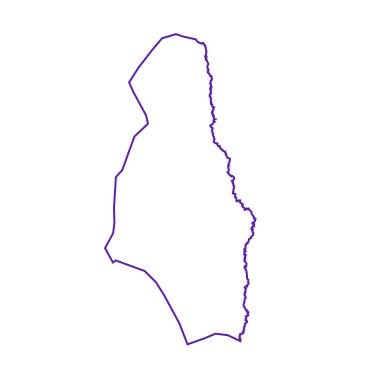 Bayanxutag, Hentiy, Mongolia (Mercator projection), rotated 110°
{"feature_id": "93677404B3637848484019", "entity_name": "Bayanxutag", "entity_type": "district", "adm_level": 2, "iso_a3": "MNG", "parent_name": "Mongolia", "parent_adm1": "Hentiy", "projection": "mercator", "projection_center": [110.82, 47.205], "detail": "fine", "context": "isolated", "style": "outline", "palette": "violet", "viewbox_px": 384, "rotation_deg": 110, "n_neighbors": 0, "source": "geoboundaries", "source_scale": "gbopen_adm2", "svg_char_len": 5974}
<svg xmlns="http://www.w3.org/2000/svg" viewBox="0 0 384 384"><g transform="rotate(110 192 192)"><path d="M209.5,120.3L209.2,121.1L208.5,121.2L207.8,122.3L206.4,122.1L206.7,123.2L206.1,123.7L205.6,123.7L205.1,123.3L204.0,123.5L203.7,123.4L203.5,123.0L203.3,122.1L203.1,121.9L202.3,122.4L201.2,122.4L200.7,122.6L200.5,123.0L201.2,124.0L201.1,124.4L200.4,124.7L199.9,124.5L199.5,123.7L199.2,123.4L198.2,123.3L197.7,122.9L196.7,123.2L196.0,123.0L195.4,123.2L195.4,123.5L195.9,123.9L196.0,124.3L195.8,124.5L194.5,125.0L194.3,125.7L193.4,126.5L192.2,128.4L191.4,128.9L190.4,129.2L190.2,129.9L189.4,131.1L189.1,132.3L188.2,133.2L188.2,133.5L189.2,134.2L188.9,135.0L190.4,135.7L190.7,136.1L190.7,136.4L189.1,137.2L188.8,138.7L188.4,139.1L188.4,139.6L188.2,140.0L186.3,139.8L186.3,141.1L185.7,141.6L185.7,142.2L185.4,142.7L185.3,143.2L184.8,143.5L184.4,144.0L184.1,144.0L183.7,143.7L183.4,143.9L183.6,144.6L184.6,146.0L185.0,146.0L185.0,146.4L185.3,146.7L185.2,147.3L184.4,147.5L182.1,148.6L182.0,149.1L182.1,149.8L181.8,150.1L180.5,150.2L179.2,150.5L178.9,151.0L178.9,151.4L179.5,152.7L179.3,153.2L177.2,153.6L176.6,153.3L176.2,153.6L175.3,153.7L174.7,154.1L174.1,154.2L173.5,153.9L172.3,154.3L171.9,154.6L171.5,155.5L170.4,155.7L169.8,156.8L168.9,156.8L168.4,157.0L168.3,158.1L168.1,158.4L167.5,158.2L167.1,157.6L165.4,156.8L164.1,157.5L163.7,157.9L163.4,159.1L163.2,159.5L163.8,160.2L163.2,160.7L163.5,161.3L163.5,161.7L162.9,162.6L162.9,163.1L162.3,163.5L162.0,164.4L161.5,164.8L161.2,165.4L160.2,164.8L159.4,164.8L157.8,165.4L155.8,166.8L155.3,166.8L154.5,166.2L154.2,166.4L154.0,167.1L153.5,167.3L153.1,167.4L152.3,167.1L150.9,167.2L149.7,167.1L147.9,167.6L147.7,168.3L147.8,169.6L147.5,170.6L145.8,172.2L145.4,173.0L144.6,172.8L144.2,173.2L144.0,173.9L143.8,174.2L142.7,174.7L142.9,175.8L142.7,176.7L142.0,177.7L142.2,178.3L142.2,178.7L141.4,179.2L141.2,180.4L140.8,180.9L140.4,181.2L139.4,181.5L140.0,183.2L139.4,183.8L138.2,184.3L137.7,184.7L138.2,185.7L138.0,186.1L138.0,187.3L137.4,188.8L135.9,188.8L135.4,189.1L134.7,188.9L133.9,189.6L133.6,190.1L132.9,190.1L132.5,190.3L131.9,191.5L130.8,191.7L129.9,192.2L129.8,192.7L129.3,193.2L129.0,193.4L128.1,193.4L127.1,194.5L125.2,194.3L124.8,194.7L124.6,195.0L124.6,196.0L123.5,197.5L123.0,197.5L122.5,197.3L122.2,197.0L121.9,196.2L121.4,196.0L121.1,196.0L119.6,195.5L118.6,195.4L118.1,194.7L117.9,195.1L118.1,196.0L117.9,196.2L117.2,196.0L116.3,196.3L115.6,195.4L115.6,195.5L115.7,196.4L115.5,196.6L114.6,197.0L114.2,197.4L113.7,197.3L113.1,197.4L113.0,197.7L113.1,198.4L112.6,198.4L112.0,198.9L111.6,199.1L111.7,199.6L111.1,199.7L110.7,200.3L110.1,200.4L109.6,200.0L109.4,200.5L109.1,200.6L108.0,200.5L106.9,199.9L106.3,200.6L105.6,200.6L105.2,201.2L104.8,200.7L104.6,201.6L104.1,202.6L103.6,202.9L103.0,202.9L103.0,203.4L102.6,203.9L102.8,204.3L102.7,204.4L102.0,204.5L101.5,205.0L100.7,204.6L100.1,205.5L99.3,205.6L98.6,206.1L97.1,206.3L97.0,206.9L96.2,207.5L96.1,208.1L95.9,208.2L95.4,208.0L95.1,208.5L94.7,208.6L94.3,208.4L93.9,208.0L93.2,207.9L92.9,208.3L92.4,208.1L92.3,208.6L89.4,209.0L89.2,209.2L89.2,210.1L89.0,210.3L88.7,210.2L88.2,209.6L87.0,209.4L86.8,209.6L87.1,210.1L87.0,210.5L86.5,210.6L85.7,210.3L84.6,210.9L84.1,211.9L83.6,212.2L82.8,211.8L81.1,212.5L80.9,212.4L80.4,211.9L79.7,212.2L79.0,211.9L78.8,212.2L78.2,212.4L77.5,213.0L76.8,213.0L76.4,213.3L76.3,214.0L76.6,215.0L76.2,215.3L75.0,215.8L74.9,215.9L74.8,217.3L74.3,218.0L73.5,218.1L73.2,218.5L72.8,218.7L72.4,218.1L72.1,218.1L70.8,218.8L70.4,219.8L70.2,220.0L68.3,220.6L67.0,220.4L65.9,220.5L63.9,222.6L63.1,223.1L63.1,223.9L62.7,224.6L62.2,224.7L61.4,224.2L61.0,224.3L60.4,226.0L59.9,226.0L59.3,225.2L59.0,225.9L58.9,226.0L57.6,226.0L57.1,226.2L56.2,226.2L55.5,226.4L55.0,226.4L53.3,227.7L51.7,228.4L51.1,229.3L49.8,229.5L49.6,230.0L49.4,231.2L48.3,232.0L48.1,232.5L48.2,233.0L49.2,233.5L49.0,234.2L49.3,234.9L49.1,235.6L49.4,236.5L49.0,237.1L48.9,238.4L47.7,239.8L47.3,241.1L49.0,254.0L49.1,261.0L57.8,272.7L71.9,277.9L93.8,284.9L110.5,288.6L118.1,281.3L135.7,261.4L142.9,256.7L159.6,265.1L195.2,265.0L204.0,268.6L233.9,259.8L247.1,254.5L257.6,252.0L274.5,254.5L285.3,242.2L282.4,240.3L282.4,209.6L289.2,194.9L298.6,182.8L319.5,159.2L336.7,144.1L325.3,130.3L317.1,121.4L314.3,109.2L315.6,95.5L315.2,95.4L314.7,95.6L314.2,97.2L313.9,97.1L313.4,96.5L313.1,96.4L312.6,97.3L311.8,97.9L311.1,98.0L310.9,97.7L310.5,97.7L309.5,98.3L309.1,98.1L308.9,97.6L308.5,97.5L308.2,96.7L307.3,95.6L307.1,95.6L306.7,96.2L306.3,96.3L306.2,96.2L306.1,95.6L305.8,95.5L304.5,96.4L303.6,95.8L303.3,95.8L302.2,96.8L301.4,96.5L300.5,96.9L299.6,96.5L298.7,97.0L297.4,97.2L296.8,96.8L296.2,96.0L294.8,95.9L294.4,96.4L294.5,96.9L294.5,97.6L294.0,98.1L293.4,98.2L292.8,97.7L292.4,97.6L290.5,98.9L289.9,98.5L289.4,97.3L288.8,97.1L288.2,97.1L287.8,97.9L286.7,98.3L285.9,97.8L285.5,98.1L285.3,98.5L285.3,98.8L285.7,99.3L285.6,99.8L284.3,100.1L284.3,101.2L283.4,101.9L282.5,103.1L280.8,104.9L279.6,104.9L278.4,105.4L276.8,105.2L275.5,105.8L273.0,105.3L272.5,105.7L272.3,106.3L270.9,106.8L270.6,107.7L270.3,107.9L269.1,107.6L268.1,108.0L267.6,107.4L266.7,108.1L266.2,108.1L265.5,108.3L264.3,108.2L264.0,109.6L263.9,109.9L263.6,109.9L261.8,108.8L262.0,108.2L261.9,107.9L260.6,108.1L259.6,108.0L258.6,107.4L257.0,108.6L255.2,109.0L254.9,109.5L254.8,110.2L254.1,110.9L251.1,112.0L247.5,113.9L246.8,114.5L246.1,115.7L245.2,116.0L244.8,116.8L244.3,117.2L244.0,117.2L243.7,116.8L243.4,115.6L242.7,115.9L240.8,116.2L239.4,117.8L239.2,118.9L238.8,119.4L238.4,119.5L237.7,119.0L237.3,119.0L236.4,120.0L236.0,120.0L235.3,119.5L234.3,120.3L233.0,119.9L233.1,121.3L232.8,121.7L232.5,121.8L232.0,121.3L231.6,121.3L231.2,121.5L230.5,122.3L230.0,122.5L229.6,122.4L229.2,121.4L228.9,121.4L228.6,121.9L228.5,122.9L228.2,123.3L227.5,123.3L226.6,122.5L223.1,123.7L222.5,122.8L221.0,123.0L220.6,122.1L220.4,122.0L218.8,122.0L216.8,122.3L216.4,122.1L216.1,121.6L215.3,121.1L215.0,120.7L214.3,121.1L213.9,121.2L212.1,120.0L210.1,120.1L209.5,120.3Z" fill="none" stroke="#5b21b6" stroke-width="2"/></g></svg>